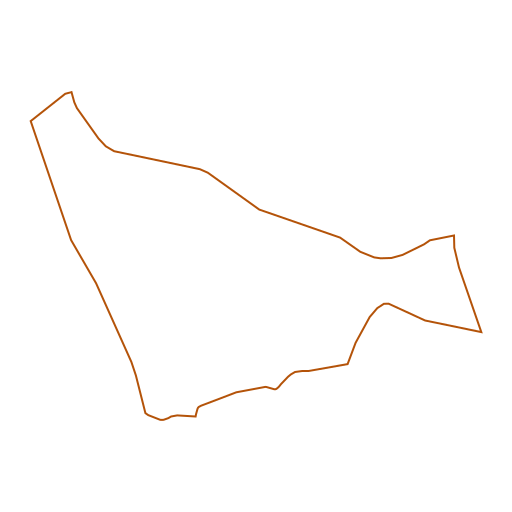 SVG path tracing the border of Khartoum
{"feature_id": "SDN-874", "entity_name": "Khartoum", "entity_type": "Region", "adm_level": 1, "iso_a3": "SDN", "parent_name": "Sudan", "parent_adm1": "", "projection": "equal_earth", "projection_center": [32.98, 15.925], "detail": "fine", "context": "isolated", "style": "outline", "palette": "amber", "viewbox_px": 512, "rotation_deg": 0, "n_neighbors": 0, "source": "natural_earth", "source_scale": "10m", "svg_char_len": 873}
<svg xmlns="http://www.w3.org/2000/svg" viewBox="0 0 512 512"><path d="M347.6,364.1L308.5,371.0L302.2,371.0L295.0,372.0L290.9,374.4L288.1,376.7L281.0,384.1L279.1,386.5L278.1,387.5L276.4,388.9L275.1,389.3L274.1,389.2L266.4,387.0L265.3,386.9L236.3,392.3L201.1,405.7L198.7,407.0L198.0,407.8L197.5,408.9L196.0,414.3L195.6,416.5L177.2,415.4L171.1,416.5L168.4,418.1L163.6,419.8L161.7,419.9L160.2,419.8L148.2,415.1L145.4,413.1L135.9,375.5L131.4,362.0L96.1,283.3L71.1,240.1L30.7,121.1L65.2,93.8L71.5,92.1L74.3,102.3L76.9,108.1L98.5,138.5L105.8,146.3L114.1,151.2L199.9,169.2L207.8,172.7L259.3,209.6L340.1,237.6L360.3,251.8L374.2,257.4L380.6,258.3L391.4,258.0L402.6,254.9L424.1,244.3L429.9,240.3L454.0,235.5L454.3,247.8L459.0,267.5L481.3,332.1L425.1,320.5L388.6,303.7L383.9,303.8L377.3,308.1L369.7,317.0L355.6,342.8L347.6,364.1Z" fill="none" stroke="#b45309" stroke-width="2"/></svg>